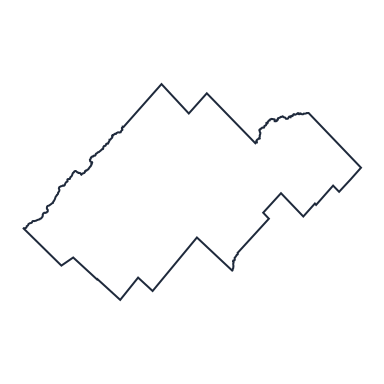 the district of General Alvear, Buenos Aires, Argentina
{"feature_id": "61730980B56387205995887", "entity_name": "General Alvear", "entity_type": "district", "adm_level": 2, "iso_a3": "ARG", "parent_name": "Argentina", "parent_adm1": "Buenos Aires", "projection": "equal_earth", "projection_center": [-60.278, -36.041], "detail": "fine", "context": "isolated", "style": "outline", "palette": "slate", "viewbox_px": 384, "rotation_deg": 0, "n_neighbors": 0, "source": "geoboundaries", "source_scale": "gbopen_adm2", "svg_char_len": 5752}
<svg xmlns="http://www.w3.org/2000/svg" viewBox="0 0 384 384"><path d="M161.5,84.1L123.6,126.9L122.8,126.7L122.8,127.2L122.4,127.6L122.0,127.7L121.9,127.9L121.9,128.4L122.0,128.6L122.1,129.1L122.4,129.3L122.4,129.5L122.3,130.0L121.8,130.3L121.3,130.8L121.0,131.7L120.6,132.3L120.2,132.2L119.5,132.5L119.1,132.5L118.5,132.3L118.0,132.3L117.6,132.6L116.5,133.0L116.3,133.3L116.0,133.9L115.8,134.0L115.2,133.8L114.9,133.8L113.9,134.5L113.5,135.0L112.6,135.0L112.0,135.9L112.0,136.0L112.5,136.3L112.3,136.7L112.3,137.1L112.3,137.3L111.8,138.1L111.1,138.6L110.6,139.4L110.3,139.6L109.6,139.7L109.7,140.0L109.6,140.6L109.0,141.4L108.9,141.5L108.9,142.0L108.4,142.5L108.2,143.4L107.9,143.7L107.1,143.5L106.6,143.8L106.3,143.9L106.2,144.0L106.2,144.5L105.9,144.9L105.4,145.8L104.3,145.9L103.9,146.2L103.8,146.6L103.3,147.1L103.2,148.5L103.1,148.8L102.9,149.1L102.6,149.2L102.3,149.1L101.8,149.4L101.7,149.6L100.8,150.4L100.7,150.6L99.6,151.4L99.0,152.0L98.7,152.1L98.3,152.1L97.6,152.5L97.5,152.8L96.8,153.3L96.3,153.5L96.0,153.7L95.7,154.2L95.7,154.8L95.3,155.3L95.1,155.6L94.9,155.7L94.3,155.6L93.7,155.7L93.3,156.4L93.0,156.4L92.8,156.3L92.4,156.4L91.9,156.7L91.7,157.1L91.5,157.4L91.1,157.4L90.9,157.5L90.8,158.3L90.6,158.9L89.9,159.6L89.9,160.0L90.2,160.7L90.2,161.3L90.3,161.4L90.8,161.6L91.0,161.9L91.3,162.1L91.8,162.2L92.1,162.2L92.2,162.4L92.2,162.7L91.9,163.4L91.3,163.9L91.5,164.3L91.6,164.6L90.8,165.6L90.8,166.1L90.5,166.5L89.8,167.0L89.7,167.3L89.1,168.1L88.8,168.3L88.4,169.3L88.1,169.5L87.5,169.6L86.9,170.3L86.6,170.3L86.1,170.8L85.7,170.6L84.9,171.3L84.9,172.2L84.4,172.8L84.2,173.0L83.8,173.1L83.5,173.3L82.9,173.4L82.7,173.4L82.4,173.7L81.8,174.1L81.4,174.7L81.2,174.6L81.0,174.4L81.0,174.2L81.0,173.8L80.6,173.4L79.8,172.9L79.3,173.1L78.9,173.0L78.5,173.0L77.9,172.4L77.4,172.4L76.9,171.9L76.4,171.6L76.1,171.2L75.5,171.0L75.2,171.0L74.5,171.3L74.1,171.7L73.9,172.3L73.4,172.7L73.1,172.8L72.7,173.4L72.0,175.4L71.5,176.3L71.3,176.6L70.8,176.8L70.3,177.3L70.2,177.5L70.0,178.5L69.9,178.8L69.7,179.0L69.4,179.0L69.0,179.0L67.9,179.1L67.7,179.2L67.5,179.4L67.4,179.8L67.3,180.0L67.6,181.0L67.5,181.4L67.2,181.7L66.2,182.1L65.3,183.4L64.8,184.9L64.6,185.3L64.0,185.7L63.8,185.8L63.2,185.4L62.8,185.5L61.9,186.1L61.7,186.2L61.1,186.2L60.8,186.3L60.2,186.7L59.7,186.9L59.2,187.3L59.1,187.7L58.9,188.2L58.9,188.7L59.4,189.8L59.4,190.0L59.3,190.8L58.8,191.8L58.1,192.6L58.1,193.4L57.8,194.2L56.9,194.9L56.9,195.3L56.6,195.6L55.7,196.7L55.3,197.8L54.9,199.1L54.3,200.2L54.0,200.9L53.4,201.4L53.3,201.6L53.1,202.2L53.1,202.6L52.9,203.0L52.0,203.3L51.1,204.1L49.8,205.0L49.4,205.4L48.2,205.8L47.6,206.0L47.3,206.3L47.1,206.6L46.9,207.4L46.9,208.5L46.9,208.8L47.7,209.7L47.8,210.1L47.7,211.5L47.1,211.8L46.8,212.3L46.6,212.5L46.1,212.5L45.4,212.9L44.4,212.7L44.1,212.8L43.9,213.1L43.4,213.4L43.2,213.5L43.1,214.0L42.7,214.6L42.7,215.0L42.8,215.6L42.6,216.1L42.6,216.6L41.9,217.4L41.7,217.6L41.4,218.2L41.2,218.4L40.0,218.8L39.7,219.3L39.1,219.5L38.5,219.6L37.4,220.0L36.7,220.3L36.3,220.6L36.0,220.7L35.3,220.8L34.8,221.0L34.6,221.1L33.1,221.0L32.8,221.1L32.4,221.4L32.0,222.3L31.8,222.6L30.8,223.1L29.9,223.2L28.7,223.9L28.5,224.0L28.2,224.9L28.0,225.3L27.6,225.7L26.7,226.2L26.6,227.0L26.3,227.6L26.1,227.8L25.6,228.0L24.3,228.3L23.6,228.2L23.0,227.9L61.4,265.6L73.2,257.5L97.1,279.5L97.4,279.1L120.2,299.9L138.1,277.6L152.6,291.0L196.9,237.5L232.2,270.6L232.5,270.4L232.8,269.0L233.0,268.4L233.2,268.2L233.3,267.7L233.3,266.6L233.5,266.1L233.3,265.1L233.2,263.8L233.3,263.2L233.5,263.0L233.6,262.3L233.5,261.9L233.0,261.5L233.0,261.2L233.3,260.5L233.7,260.4L234.1,260.2L234.5,260.3L234.7,260.0L234.8,259.1L234.6,257.9L235.0,257.4L235.4,257.1L235.5,256.9L235.6,256.7L236.2,255.9L236.7,254.9L237.3,254.7L237.7,254.3L237.8,254.0L237.8,253.3L237.6,252.9L268.9,218.7L263.2,212.7L281.0,193.2L303.3,216.5L314.9,203.5L316.1,204.9L333.1,185.6L339.1,191.8L350.7,179.3L361.0,167.7L308.6,113.0L308.0,113.0L307.7,113.1L306.8,113.0L306.2,113.4L305.8,113.5L304.7,113.7L303.8,113.6L303.2,114.2L302.8,114.3L301.3,114.1L300.8,113.5L300.5,113.4L300.2,113.5L300.1,113.8L299.8,114.1L299.6,114.2L298.5,114.1L298.4,113.9L298.4,113.2L298.0,113.1L297.7,113.2L297.4,113.4L297.0,113.9L296.6,114.0L296.0,114.4L295.4,114.7L294.5,114.7L294.3,114.3L294.0,114.1L293.7,114.2L293.4,114.4L293.0,115.0L292.8,115.7L292.7,115.9L292.4,116.1L291.5,115.8L291.0,116.0L290.8,116.2L290.7,116.5L290.8,116.9L290.6,117.3L290.3,117.2L289.8,116.7L289.5,116.5L289.2,116.6L288.7,117.2L288.1,118.4L287.8,118.7L287.2,118.8L286.0,118.8L285.9,118.7L285.3,117.7L284.2,117.3L283.5,117.2L283.4,117.1L283.1,116.6L282.6,116.3L282.3,116.4L281.8,116.8L281.3,117.0L281.0,117.0L280.7,116.9L280.4,117.1L280.1,117.5L279.8,117.7L278.7,118.0L278.4,118.3L277.9,118.4L277.8,119.0L277.9,119.5L277.8,119.8L277.5,119.9L277.1,119.9L276.9,120.2L276.9,120.8L276.6,121.0L275.9,121.3L274.7,121.2L274.7,120.5L274.6,120.3L274.8,119.8L274.6,119.4L274.3,119.3L273.2,119.2L272.9,119.2L272.6,119.0L272.0,119.0L271.3,118.9L270.9,119.3L270.2,119.4L270.0,119.6L269.7,120.4L269.2,120.4L268.7,120.6L268.4,121.3L268.1,121.5L267.9,121.8L267.7,122.9L267.3,123.4L267.0,123.3L266.4,122.9L266.3,123.0L266.4,123.8L266.0,125.1L265.9,125.3L264.5,125.9L264.4,126.2L264.4,126.6L264.0,127.6L263.8,127.7L263.1,127.5L262.1,127.7L261.8,128.1L261.3,128.7L260.6,128.7L260.4,128.9L260.1,129.4L259.6,129.6L259.4,129.9L259.3,130.1L259.8,130.9L259.7,131.7L260.4,132.9L260.3,133.2L260.3,133.9L260.1,134.2L260.0,134.9L259.7,135.3L259.8,136.6L259.4,137.6L259.8,138.3L259.8,138.5L259.6,138.7L258.5,138.6L258.2,139.0L257.6,139.5L257.1,139.7L256.9,140.2L256.5,140.5L256.2,141.5L256.7,141.6L256.9,141.9L256.9,142.4L256.2,142.4L256.0,142.7L255.7,142.9L255.6,143.1L255.4,143.3L206.8,93.3L188.8,113.5L161.5,84.1Z" fill="none" stroke="#1e293b" stroke-width="2"/></svg>